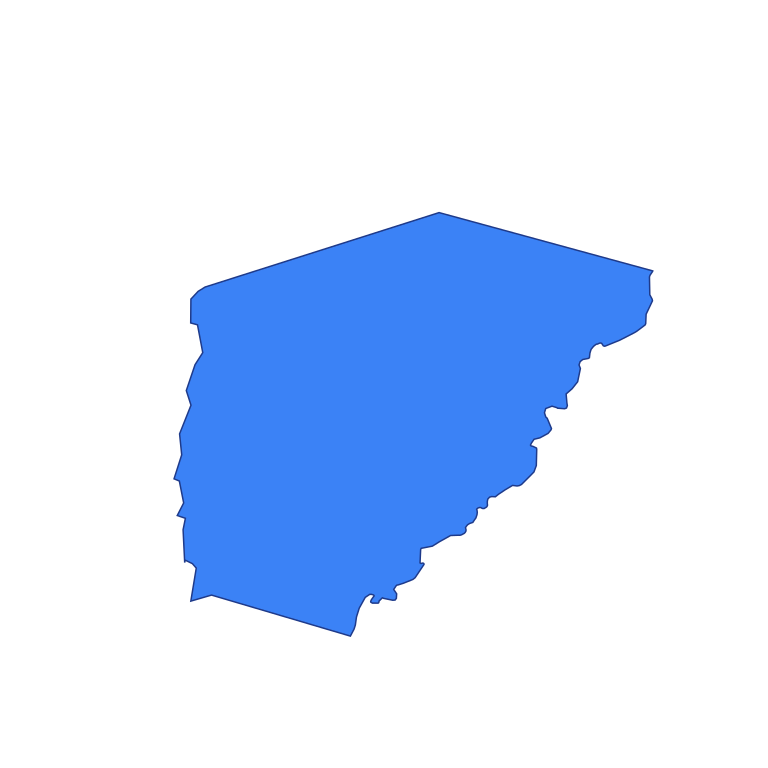 Screven, Georgia, United States of America (Equal Earth projection), rotated 54°
{"feature_id": "52423323B53082153991238", "entity_name": "Screven", "entity_type": "district", "adm_level": 2, "iso_a3": "USA", "parent_name": "United States of America", "parent_adm1": "Georgia", "projection": "equal_earth", "projection_center": [-81.483, 32.767], "detail": "fine", "context": "isolated", "style": "filled", "palette": "blue", "viewbox_px": 768, "rotation_deg": 54, "n_neighbors": 0, "source": "geoboundaries", "source_scale": "gbopen_adm2", "svg_char_len": 2234}
<svg xmlns="http://www.w3.org/2000/svg" viewBox="0 0 768 768"><g transform="rotate(54 384 384)"><path d="M221.0,504.5L226.5,500.1L252.1,512.2L257.3,525.5L273.1,547.8L287.7,552.6L304.2,578.7L322.4,589.3L337.3,609.6L342.2,606.6L362.5,616.0L368.9,628.6L375.9,623.6L383.8,632.2L411.3,650.2L409.6,648.4L416.7,644.6L422.6,644.1L446.1,667.9L453.4,647.6L568.2,559.4L564.7,552.3L562.2,548.9L556.3,543.2L550.8,535.8L545.6,524.6L545.8,519.2L546.9,517.7L548.6,516.4L549.6,516.5L551.1,521.0L552.1,522.6L552.8,522.9L554.4,522.2L557.8,517.6L557.8,516.8L556.7,515.5L556.0,511.0L557.2,510.3L564.1,504.0L565.3,502.0L564.7,500.0L561.2,497.1L555.9,496.9L554.4,492.8L554.3,491.7L554.8,490.8L556.6,485.4L559.1,475.5L559.0,472.7L553.5,457.7L552.7,457.3L552.3,457.4L551.7,457.8L551.3,458.6L551.0,459.5L549.9,460.0L539.4,451.6L538.8,450.5L543.6,440.2L544.2,431.8L545.7,419.2L550.2,412.5L551.0,411.5L551.6,409.9L551.8,408.3L552.0,406.9L551.8,405.6L551.1,404.1L550.1,403.3L548.1,402.5L547.5,401.0L547.0,399.1L547.2,396.6L548.2,393.5L547.2,390.9L546.4,388.4L544.4,385.6L542.7,384.0L540.7,382.9L539.8,382.7L539.6,382.0L539.6,380.7L539.9,379.8L540.2,379.1L540.9,378.3L542.5,377.6L543.6,376.2L543.7,374.9L543.8,373.9L543.7,372.8L542.9,371.5L541.3,370.6L539.6,369.3L538.1,367.6L537.6,365.1L538.4,363.0L540.7,360.2L540.5,356.3L540.8,348.4L541.6,339.6L544.7,336.3L545.7,334.3L546.1,331.8L544.0,318.5L543.3,314.4L539.5,308.7L527.1,299.2L526.4,298.7L525.4,298.3L521.9,300.2L520.6,301.4L519.5,301.4L518.5,299.5L516.9,295.1L519.2,289.5L520.4,280.3L519.3,275.9L518.5,274.7L507.6,272.1L505.8,272.5L501.6,271.1L498.9,267.6L500.7,261.1L504.8,258.0L505.5,257.9L510.2,252.4L510.7,250.5L509.3,248.4L506.9,247.2L499.1,242.5L498.4,234.6L496.0,226.0L486.9,216.0L483.2,215.0L481.2,212.2L481.0,208.8L483.4,203.7L483.5,202.4L480.0,199.2L477.7,196.1L476.9,193.2L476.6,191.4L476.6,190.0L476.6,188.8L477.2,187.8L477.4,186.8L477.6,185.7L478.2,184.6L479.1,184.0L480.5,184.1L482.1,184.1L483.2,183.2L483.5,182.2L487.1,167.7L489.7,150.9L489.9,148.5L489.7,138.0L489.0,136.8L481.6,130.9L474.5,117.9L473.0,117.2L468.0,116.5L453.4,106.3L452.4,104.9L450.8,100.5L450.5,100.1L277.7,238.7L200.4,471.7L199.8,479.9L201.8,490.3L221.0,504.5Z" fill="#3b82f6" stroke="#1e3a8a" stroke-width="1.5"/></g></svg>